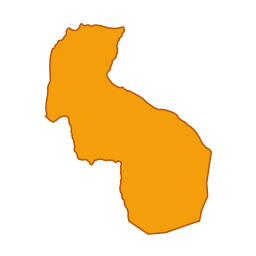 map outline of Paraguay (Equal Earth projection), rotated 176°
{"feature_id": "PRY", "entity_name": "Paraguay", "entity_type": "country or territory", "adm_level": 0, "iso_a3": "PRY", "parent_name": "South America", "parent_adm1": "", "projection": "equal_earth", "projection_center": [-57.583, -23.42], "detail": "fine", "context": "isolated", "style": "filled", "palette": "amber", "viewbox_px": 256, "rotation_deg": 176, "n_neighbors": 0, "source": "natural_earth", "source_scale": "50m", "svg_char_len": 3122}
<svg xmlns="http://www.w3.org/2000/svg" viewBox="0 0 256 256"><g transform="rotate(176 128 128)"><path d="M133.7,43.9L134.1,45.8L134.4,47.3L135.0,48.3L135.7,49.7L136.3,50.5L136.8,51.8L136.7,53.3L136.9,55.2L137.2,56.8L137.6,57.3L138.5,57.7L139.0,59.2L138.6,59.9L138.8,60.8L139.1,61.7L138.8,62.5L138.9,63.1L139.6,63.7L140.2,65.8L140.2,69.3L139.6,71.2L139.1,72.8L138.9,73.7L139.3,75.1L138.7,76.7L137.9,78.7L138.1,80.1L138.2,81.4L138.3,82.8L138.5,84.1L138.2,85.5L138.0,86.7L137.9,88.1L138.2,89.6L137.6,91.1L137.3,92.1L137.2,93.2L137.7,94.8L139.2,95.5L140.4,95.7L141.5,94.8L142.3,94.5L143.8,95.3L145.3,96.7L147.1,96.9L148.7,97.1L149.9,97.6L151.7,97.0L153.6,97.6L155.7,98.3L157.5,99.0L159.3,98.9L160.7,98.8L162.1,98.0L163.5,98.1L164.5,96.7L165.1,95.5L165.6,94.6L167.1,93.9L168.1,94.4L168.9,96.6L170.4,97.9L171.0,98.9L172.1,99.3L174.4,99.4L175.9,99.3L177.6,100.0L178.7,100.0L179.6,101.2L180.5,102.6L180.7,105.3L181.5,107.4L182.6,108.2L183.1,109.4L182.9,111.3L182.4,113.1L182.5,115.0L183.0,116.8L183.0,118.7L183.4,120.5L184.2,122.0L184.4,124.5L184.3,126.3L184.8,127.3L185.0,128.8L184.6,130.0L184.5,131.6L184.6,133.1L184.9,134.3L186.1,135.8L186.4,138.6L186.4,140.4L186.9,142.7L187.8,143.7L189.4,144.0L191.1,144.4L193.3,143.9L195.2,143.3L196.3,142.7L198.4,141.0L200.3,140.1L201.3,139.5L202.2,139.1L204.0,140.1L205.7,141.4L207.1,143.2L209.5,145.2L209.0,145.6L208.0,147.3L208.0,149.1L208.7,151.9L208.0,157.6L206.0,166.4L205.2,171.4L205.5,172.9L204.8,175.4L202.1,180.9L202.0,184.6L201.6,195.6L200.6,203.4L199.1,209.1L197.7,212.2L196.5,212.6L195.6,213.5L195.1,214.9L194.1,216.1L192.7,217.1L191.9,218.2L191.7,219.3L190.4,220.1L187.7,220.4L186.2,221.3L185.7,222.8L184.8,224.0L183.5,224.9L182.9,226.4L182.9,228.4L182.2,230.2L180.6,231.7L179.2,231.7L177.9,230.3L176.1,229.4L173.9,228.9L172.1,229.3L170.6,230.4L169.2,232.3L168.1,234.8L166.8,235.2L165.4,233.5L163.7,233.0L161.5,233.7L159.8,233.5L158.5,232.3L156.6,232.2L154.0,233.1L148.6,232.1L140.6,229.2L133.8,228.1L125.5,229.1L124.8,226.1L125.2,224.5L126.6,223.2L127.4,221.8L127.7,220.3L128.7,219.1L130.2,218.3L130.9,217.5L130.6,216.6L130.9,215.9L131.8,215.2L132.3,214.2L132.4,212.8L132.8,212.1L133.3,211.6L133.4,210.7L133.1,207.7L133.1,205.3L133.5,203.4L134.0,202.2L134.4,201.9L134.7,201.3L134.9,200.1L135.4,199.0L138.1,196.8L139.1,195.7L139.2,194.6L139.6,193.1L141.2,189.9L141.6,188.5L141.7,187.7L142.3,186.9L144.2,185.2L145.2,183.5L145.4,182.0L144.9,180.2L143.8,178.2L140.4,173.3L137.7,171.0L134.3,169.2L132.1,168.6L131.0,169.2L129.9,168.7L128.8,167.0L126.9,165.7L123.0,164.3L114.1,158.5L110.5,155.7L109.2,153.9L105.9,150.8L100.4,146.4L96.2,144.2L93.2,144.3L88.5,143.0L82.0,140.3L78.3,137.6L77.2,135.0L74.8,132.5L71.0,129.9L69.0,128.2L68.9,127.4L67.7,126.3L65.6,125.0L63.3,122.7L60.8,119.5L58.0,114.6L55.1,107.9L51.9,103.4L48.6,101.1L47.0,99.5L47.0,98.8L46.5,98.0L46.9,96.7L48.0,91.7L49.7,84.3L51.4,76.6L53.4,67.5L53.3,61.1L53.3,54.3L56.2,48.8L58.3,44.8L60.2,41.0L62.0,34.6L63.2,30.2L68.0,29.2L76.1,27.0L80.2,25.9L88.7,23.5L97.4,21.1L106.6,20.9L115.4,20.8L122.3,26.2L127.5,30.3L133.3,34.8L133.7,35.8L134.1,39.5L133.7,43.9Z" fill="#f59e0b" stroke="#b45309" stroke-width="1.5"/></g></svg>